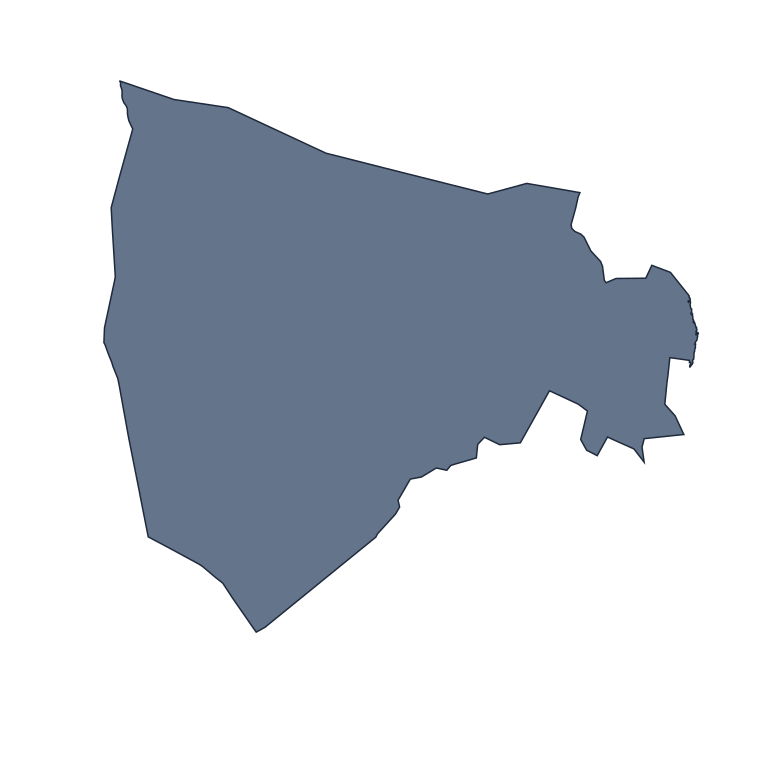 the district of Al Ganab, Red Sea, Sudan, rotated 8°
{"feature_id": "16777658B97228063474151", "entity_name": "Al Ganab", "entity_type": "district", "adm_level": 2, "iso_a3": "SDN", "parent_name": "Sudan", "parent_adm1": "Red Sea", "projection": "robinson", "projection_center": [36.252, 19.345], "detail": "fine", "context": "isolated", "style": "filled", "palette": "slate", "viewbox_px": 768, "rotation_deg": 8, "n_neighbors": 0, "source": "geoboundaries", "source_scale": "gbopen_adm2", "svg_char_len": 3453}
<svg xmlns="http://www.w3.org/2000/svg" viewBox="0 0 768 768"><g transform="rotate(8 384 384)"><path d="M157.4,526.7L171.8,568.2L198.4,577.9L226.0,588.2L229.6,589.9L244.2,599.1L250.1,602.5L252.1,603.7L264.2,617.5L288.8,644.1L292.0,647.5L300.5,641.1L300.9,640.5L380.0,555.3L393.0,541.3L397.2,536.8L398.4,533.3L413.5,511.2L416.6,503.7L414.1,497.1L423.3,474.5L434.0,470.9L447.5,459.9L458.2,460.7L461.4,455.4L463.8,454.2L485.7,444.4L485.7,443.4L485.2,430.8L490.9,422.8L507.0,428.0L527.2,423.3L548.8,367.7L579.4,377.0L589.2,382.5L587.8,397.8L586.5,411.6L593.9,421.4L605.1,425.3L612.7,405.4L622.5,408.3L640.5,413.5L652.5,425.2L648.3,410.6L649.3,401.9L686.7,392.6L688.0,392.3L687.6,391.7L686.9,390.7L676.7,375.0L664.9,365.0L664.0,342.5L664.0,337.9L664.0,336.4L663.5,321.4L663.4,318.1L683.1,318.1L683.5,320.2L684.2,319.9L684.7,320.3L684.9,321.6L684.5,322.1L684.2,324.0L684.6,324.6L685.1,324.0L685.5,323.0L686.2,321.9L686.7,320.9L686.9,319.9L686.7,319.5L686.6,318.8L686.7,318.3L686.4,319.3L686.3,317.2L687.1,316.6L687.2,315.4L686.7,309.8L687.1,308.4L686.8,307.0L687.1,306.0L687.4,304.5L687.0,303.6L687.0,302.6L687.1,301.8L687.0,301.1L686.4,301.1L685.6,301.8L685.9,301.4L686.3,300.7L686.7,298.8L687.7,297.2L687.8,296.2L687.8,295.5L687.7,294.8L688.0,293.5L687.9,292.6L687.3,291.7L687.7,291.2L688.2,290.7L688.2,289.9L687.7,289.5L687.6,289.9L687.4,290.9L687.1,290.4L686.7,291.0L686.5,291.8L686.0,291.8L685.8,291.0L686.2,290.4L686.5,290.4L686.6,289.3L686.2,289.2L686.1,288.9L685.6,288.8L685.7,288.1L686.1,287.6L686.4,286.7L686.2,286.2L685.8,285.8L685.4,285.1L685.7,284.9L685.6,284.4L685.1,284.4L684.2,282.6L683.3,280.5L683.0,280.8L682.6,280.7L682.5,279.9L681.7,279.7L681.5,279.2L682.0,279.2L682.3,278.9L681.7,278.0L681.6,277.6L681.3,277.1L680.9,277.0L680.7,276.4L680.6,275.7L680.6,275.3L680.6,275.0L680.5,274.6L680.2,273.8L679.9,273.3L679.8,272.7L679.9,271.9L679.3,271.5L679.1,271.2L678.8,271.1L678.9,271.7L678.9,272.2L678.7,272.4L678.4,272.1L678.3,271.9L678.2,271.7L677.9,271.2L677.6,271.2L678.0,271.0L678.3,270.8L678.5,270.6L678.9,270.5L678.6,269.6L678.5,269.2L678.4,268.4L678.4,267.9L678.2,267.7L678.3,267.1L678.1,266.8L677.5,266.5L677.2,266.3L677.0,265.8L676.9,265.5L676.6,264.8L676.6,264.1L676.2,263.6L676.1,262.5L676.2,260.7L676.0,259.9L675.8,259.5L675.5,259.9L675.2,259.9L674.8,259.9L674.1,260.7L673.8,260.3L673.9,260.0L673.7,259.6L673.8,259.2L674.1,259.1L674.4,259.4L675.1,259.5L675.5,259.1L675.6,258.8L675.7,258.1L675.2,257.3L675.1,256.5L674.7,256.5L674.3,255.6L674.0,255.5L674.0,255.4L673.9,254.9L673.9,254.4L673.8,254.1L673.7,254.0L652.1,233.6L632.7,229.2L628.5,242.8L599.1,247.2L589.8,252.8L589.2,252.2L587.8,250.8L584.0,237.0L581.5,232.6L570.4,223.5L561.6,210.7L558.1,208.2L551.8,206.4L548.3,203.8L547.1,200.2L549.4,182.6L550.2,171.8L551.4,167.2L550.6,167.2L497.4,165.5L460.3,181.4L372.4,172.0L349.4,169.5L294.3,163.5L191.3,132.0L136.4,131.5L96.9,123.9L80.2,120.7L79.8,120.5L81.2,122.2L81.5,125.1L82.4,126.9L83.1,128.3L83.6,129.5L84.1,132.1L84.4,135.1L85.1,137.8L86.2,139.7L87.1,141.5L89.2,143.6L90.4,145.1L91.4,146.8L91.9,149.1L92.3,151.9L93.1,154.7L94.8,159.0L98.1,164.1L98.9,165.2L99.7,166.4L93.2,215.6L89.3,247.3L93.3,267.8L103.0,315.3L102.8,319.4L100.2,355.7L99.4,366.9L99.7,370.5L100.8,381.2L100.9,382.1L101.5,382.9L102.2,383.8L106.7,392.3L111.3,400.3L112.2,402.2L113.0,404.0L119.2,414.9L120.2,417.1L121.8,421.8L122.0,422.3L134.6,460.5L139.0,473.8L157.2,526.0L157.4,526.7L157.4,526.7Z" fill="#64748b" stroke="#1e293b" stroke-width="1.5"/></g></svg>